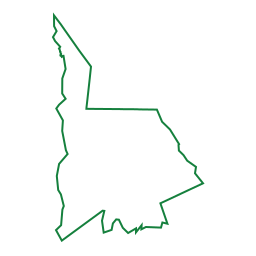 Lancaster, South Carolina, United States of America
{"feature_id": "52423323B10055621117527", "entity_name": "Lancaster", "entity_type": "district", "adm_level": 2, "iso_a3": "USA", "parent_name": "United States of America", "parent_adm1": "South Carolina", "projection": "orthographic", "projection_center": [-80.794, 34.767], "detail": "fine", "context": "isolated", "style": "outline", "palette": "green", "viewbox_px": 256, "rotation_deg": 0, "n_neighbors": 0, "source": "geoboundaries", "source_scale": "gbopen_adm2", "svg_char_len": 1433}
<svg xmlns="http://www.w3.org/2000/svg" viewBox="0 0 256 256"><path d="M203.0,183.3L195.0,173.3L196.0,166.9L187.2,160.7L183.5,155.1L178.9,150.6L178.5,144.9L179.1,144.2L170.0,129.5L162.1,121.8L156.9,109.6L139.1,109.4L137.7,109.3L132.1,109.2L131.5,109.2L124.2,109.2L120.3,109.1L107.5,109.0L94.1,108.9L92.3,108.9L86.4,108.8L86.5,107.3L87.1,102.2L89.7,78.8L91.0,66.6L83.7,56.7L79.2,50.6L73.6,42.6L64.6,29.8L60.5,23.9L60.3,23.7L54.0,15.4L54.1,26.2L56.6,31.1L53.0,37.1L55.1,41.1L60.2,46.8L59.0,48.6L59.2,48.8L59.5,48.7L59.5,48.8L59.4,49.1L59.4,49.3L59.6,49.6L59.7,49.8L59.8,50.1L59.9,50.6L60.0,50.9L60.0,51.1L60.0,51.5L60.1,51.9L60.5,52.0L60.5,52.4L60.5,52.5L60.6,52.9L60.6,53.1L60.8,53.3L60.9,53.5L61.1,53.8L61.1,54.0L60.9,54.2L60.8,54.4L60.5,54.7L60.5,55.0L60.4,55.5L60.5,55.7L60.8,55.9L61.0,55.9L61.0,55.6L61.1,55.4L61.3,55.4L61.5,55.6L61.5,56.0L61.8,56.8L62.1,56.6L62.3,56.5L62.5,56.5L62.6,56.4L62.8,56.2L63.1,55.9L63.3,55.8L63.5,55.8L65.6,69.0L62.3,78.5L62.2,93.5L65.6,98.8L59.1,104.7L56.3,108.5L62.9,120.4L62.2,130.9L65.9,150.2L67.6,154.0L59.1,163.9L56.8,176.0L58.2,190.0L60.9,194.4L63.8,206.0L62.4,209.6L61.1,225.2L56.0,230.1L61.8,240.6L102.6,210.7L104.3,210.9L102.0,220.7L103.7,232.6L111.6,229.9L112.9,223.4L116.2,219.4L118.9,219.7L122.8,227.8L128.1,233.0L136.0,228.4L136.0,232.3L141.6,225.2L141.4,229.3L145.9,227.0L161.0,227.6L162.4,222.5L167.4,223.7L160.4,203.3L203.0,183.3Z" fill="none" stroke="#15803d" stroke-width="2"/></svg>